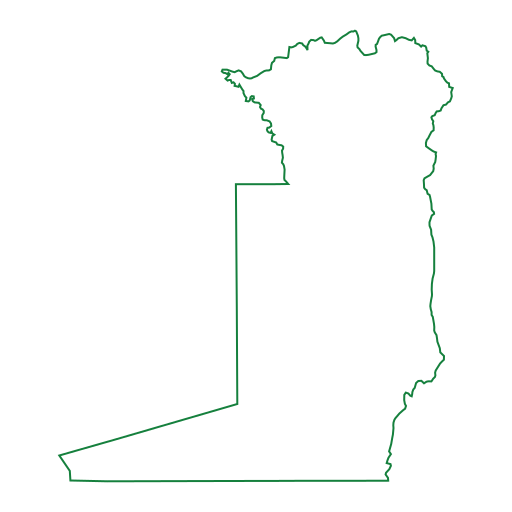 outline of Cujubim, Rondônia, Brazil
{"feature_id": "56859067B44004203412105", "entity_name": "Cujubim", "entity_type": "district", "adm_level": 2, "iso_a3": "BRA", "parent_name": "Brazil", "parent_adm1": "Rondônia", "projection": "natural_earth1", "projection_center": [-62.503, -9.128], "detail": "fine", "context": "isolated", "style": "outline", "palette": "green", "viewbox_px": 512, "rotation_deg": 0, "n_neighbors": 0, "source": "geoboundaries", "source_scale": "gbopen_adm2", "svg_char_len": 4346}
<svg xmlns="http://www.w3.org/2000/svg" viewBox="0 0 512 512"><path d="M413.9,37.9L411.7,40.4L408.9,39.8L405.7,38.2L401.9,37.2L398.4,38.2L396.4,40.1L395.0,41.1L394.1,38.1L391.1,34.7L389.2,34.0L384.1,35.2L381.7,35.7L380.1,37.2L379.0,38.7L377.8,42.0L377.0,44.0L375.7,44.8L375.6,46.6L376.5,50.1L376.5,52.1L374.9,53.3L368.5,54.8L366.0,55.1L364.2,55.0L360.4,50.8L359.4,49.1L357.6,47.4L357.3,45.6L358.4,40.8L358.4,38.3L357.9,35.6L356.2,31.4L354.9,30.7L353.4,31.5L351.4,31.4L349.2,32.4L346.5,34.4L342.8,36.6L340.2,38.6L337.2,41.4L334.9,42.9L332.9,43.5L329.9,43.2L324.8,42.8L323.9,40.6L321.7,37.4L320.3,37.7L316.4,40.3L315.0,40.8L313.5,40.1L311.1,39.9L309.2,41.7L308.5,43.6L307.4,45.6L307.5,50.1L306.6,48.5L305.3,46.6L303.2,45.1L302.2,43.5L299.4,42.9L297.3,43.9L295.8,45.6L292.9,47.0L291.3,47.4L289.4,47.0L288.1,57.2L286.8,58.1L280.0,57.3L277.1,57.4L274.9,58.1L274.2,60.9L272.0,62.8L271.3,65.3L270.9,69.3L269.0,70.4L266.4,70.5L264.4,71.0L260.6,73.3L257.1,75.9L253.0,77.5L251.6,78.3L249.9,78.5L248.0,78.2L245.9,77.3L244.3,76.2L242.8,73.6L241.0,71.3L238.6,70.4L236.4,71.3L234.7,72.2L232.4,71.6L227.1,69.7L222.5,69.7L221.8,71.4L223.5,72.8L225.6,73.1L227.4,74.2L228.4,72.8L229.7,74.2L228.8,75.6L227.2,77.2L225.5,78.7L227.6,80.6L229.0,80.0L230.7,80.0L231.8,82.9L233.5,82.3L234.9,83.8L234.6,85.9L236.2,86.2L238.5,86.8L239.4,84.6L241.1,87.5L242.4,89.6L243.5,91.0L243.5,93.1L244.9,96.1L246.4,97.7L245.8,101.0L248.5,101.4L249.7,100.5L250.6,97.1L251.8,96.1L253.7,96.4L253.9,98.5L252.1,99.1L252.8,101.2L254.6,102.4L258.8,102.8L260.7,105.1L260.0,107.0L261.0,108.7L262.5,109.3L263.8,111.0L263.7,113.0L262.3,115.2L262.2,117.5L262.7,119.6L264.3,120.2L266.8,120.3L269.6,121.4L271.0,123.5L271.3,126.0L269.2,127.6L267.5,127.8L266.9,129.7L267.6,131.4L268.7,132.4L270.6,132.9L271.4,131.2L272.3,133.4L274.3,134.7L272.4,135.9L272.0,137.8L271.6,139.6L272.1,141.1L274.4,141.9L276.2,142.5L277.3,144.5L279.2,144.9L281.6,145.3L283.2,146.6L283.1,148.7L282.0,150.6L282.2,152.8L282.6,155.1L282.9,157.7L282.2,160.6L281.9,162.7L283.3,164.3L284.0,166.0L284.6,169.6L284.3,175.4L284.2,178.2L284.5,180.0L285.9,181.3L288.2,184.0L273.1,184.2L235.9,184.2L236.8,307.5L237.3,404.0L161.3,426.1L109.8,441.1L107.6,441.7L78.1,450.1L59.3,455.5L66.8,466.5L69.8,470.9L70.4,480.5L107.4,481.3L227.0,481.0L279.8,480.9L301.8,480.8L355.2,480.8L388.2,480.7L388.0,477.9L385.6,474.5L386.0,472.8L389.3,469.2L390.9,465.8L390.5,464.1L386.7,463.1L387.4,460.6L388.5,457.7L390.9,454.1L389.1,451.4L391.2,444.0L392.2,438.2L392.9,434.6L393.5,428.1L393.3,425.3L393.5,422.6L394.4,419.8L395.3,418.3L399.4,413.5L403.1,410.2L405.1,408.7L406.0,405.9L404.9,403.9L404.2,400.2L404.3,394.9L405.8,392.6L408.4,393.5L410.3,395.7L411.7,396.3L412.2,394.0L412.4,392.0L413.3,389.5L414.7,387.9L416.1,383.0L418.3,381.0L421.4,380.8L424.0,383.3L426.5,381.7L428.3,381.3L431.4,381.4L433.2,378.7L434.9,377.0L435.4,375.4L435.1,372.7L435.7,370.5L440.1,363.5L441.9,361.6L443.9,359.7L444.0,356.0L440.3,352.4L439.8,348.2L437.4,341.7L437.0,338.3L436.5,335.1L434.8,332.4L434.2,330.6L434.3,327.0L434.0,323.9L432.8,316.9L431.6,314.9L431.6,312.1L430.8,309.3L430.3,306.2L430.5,304.0L431.1,300.1L431.9,296.1L432.0,294.4L431.7,289.5L431.9,283.9L432.6,278.5L433.9,273.6L434.2,271.0L434.2,257.4L434.2,247.5L433.5,241.6L432.5,237.4L431.4,234.7L431.1,229.7L429.6,225.9L429.5,224.2L429.5,222.2L431.8,215.5L434.1,213.9L433.9,212.2L432.7,211.0L431.7,209.5L431.4,203.7L430.0,196.5L429.5,194.9L427.6,193.8L426.7,190.2L425.2,189.2L424.1,187.7L424.0,184.7L423.7,180.2L424.5,178.3L427.6,176.5L430.1,175.1L431.8,172.9L433.2,171.2L433.7,168.7L433.4,165.7L434.4,163.6L435.2,162.1L435.6,159.6L435.8,157.8L436.0,156.0L435.6,154.0L436.1,152.4L433.6,151.5L432.1,150.6L428.8,148.3L426.1,146.3L425.9,143.0L426.7,140.1L428.3,138.0L429.4,135.7L431.4,131.9L433.6,130.3L433.7,127.5L433.4,125.2L432.8,123.5L433.3,121.2L432.0,119.3L431.4,117.3L432.3,116.1L434.7,115.2L435.6,113.1L436.7,111.4L438.8,111.2L440.7,110.5L441.4,108.4L443.5,105.2L446.0,104.6L448.0,102.3L449.9,101.4L451.2,98.4L451.8,96.3L451.2,92.1L452.7,88.0L449.2,86.9L449.0,83.3L447.4,82.7L445.9,81.2L444.0,78.5L443.5,77.0L442.2,76.3L442.0,73.8L439.8,71.8L437.4,71.4L435.1,70.5L433.8,69.0L431.7,66.3L429.4,65.5L427.6,63.6L427.5,61.7L427.9,58.2L427.3,53.2L428.3,51.8L426.7,50.6L426.2,47.6L425.4,46.2L422.4,45.3L421.1,46.6L418.9,44.4L415.3,43.1L415.2,40.1L413.9,37.9Z" fill="none" stroke="#15803d" stroke-width="2"/></svg>